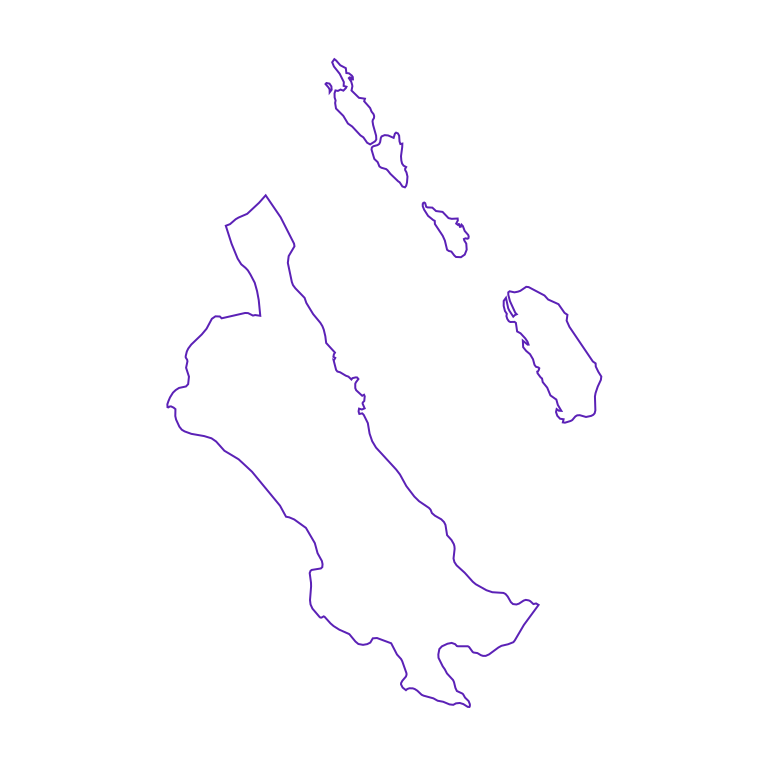 an SVG outline of Sumatera Barat, rotated 177°
{"feature_id": "IDN-539", "entity_name": "Sumatera Barat", "entity_type": "Province", "adm_level": 1, "iso_a3": "IDN", "parent_name": "Indonesia", "parent_adm1": "", "projection": "natural_earth1", "projection_center": [100.097, -1.223], "detail": "fine", "context": "isolated", "style": "outline", "palette": "violet", "viewbox_px": 768, "rotation_deg": 177, "n_neighbors": 0, "source": "natural_earth", "source_scale": "10m", "svg_char_len": 6133}
<svg xmlns="http://www.w3.org/2000/svg" viewBox="0 0 768 768"><g transform="rotate(177 384 384)"><path d="M492.3,578.6L478.5,555.9L466.5,528.9L466.2,526.2L472.5,516.7L473.7,510.0L470.7,490.7L469.7,487.5L467.5,484.2L458.8,474.2L457.3,469.0L451.1,457.5L444.4,448.5L442.5,445.0L441.3,441.4L440.1,434.8L439.6,428.0L431.3,417.9L432.5,416.3L433.1,413.8L431.3,412.6L432.8,410.3L433.1,410.5L431.1,400.6L429.9,398.9L427.2,398.0L421.7,394.3L419.1,393.2L416.3,390.2L415.2,391.5L411.9,392.1L410.5,391.9L409.3,390.3L412.0,387.1L412.7,385.7L412.9,381.4L412.1,379.2L406.4,373.4L404.5,374.3L403.9,372.7L404.6,368.1L406.2,366.6L406.4,365.5L404.6,360.7L407.4,359.7L410.2,360.7L410.8,358.1L410.6,356.8L410.2,355.4L407.2,355.8L405.8,354.1L402.2,345.8L401.0,335.2L398.8,327.5L395.3,320.9L376.3,297.9L372.8,292.8L367.0,280.8L359.6,270.0L355.1,265.1L345.6,257.9L344.1,256.1L342.9,252.6L340.0,249.8L333.9,245.9L331.3,243.0L330.0,240.1L328.9,229.7L324.8,224.7L322.7,220.5L322.2,218.4L322.1,215.7L323.7,206.1L323.0,202.5L321.0,199.1L313.3,191.3L305.7,181.9L302.8,179.2L292.5,172.7L286.7,170.4L275.6,169.1L273.6,167.9L271.6,165.3L268.7,159.5L266.7,157.5L263.3,156.9L260.7,157.6L255.9,160.4L253.7,161.0L250.7,160.3L249.3,159.5L246.3,156.4L243.6,156.9L241.2,155.3L256.9,136.1L266.8,121.1L268.3,119.4L273.7,117.6L280.4,116.4L283.5,114.9L293.2,108.5L296.6,107.2L299.3,107.3L301.4,108.1L304.8,110.4L308.7,111.2L309.5,111.8L312.8,116.9L314.0,117.7L323.8,118.2L324.9,118.5L326.6,120.5L330.0,121.9L334.2,121.3L339.9,119.0L342.6,116.4L343.9,111.1L343.9,107.7L340.1,98.9L338.2,95.9L336.3,91.7L330.5,84.7L329.7,82.6L328.6,76.8L327.3,73.6L322.0,70.8L321.2,70.0L319.5,66.6L316.1,62.9L315.0,59.7L315.1,58.0L315.6,57.0L317.3,57.2L321.5,60.2L325.0,61.5L328.9,61.3L331.6,60.0L335.3,60.6L341.6,63.6L347.0,64.9L351.1,67.5L360.8,70.7L362.7,71.7L366.8,76.0L369.3,77.8L371.3,78.6L374.6,78.8L376.7,78.2L378.1,77.1L381.3,79.9L382.7,83.1L382.6,84.4L381.2,86.7L377.4,90.7L376.7,92.5L376.7,94.0L380.3,106.2L381.3,108.4L385.2,113.2L390.4,124.7L404.3,130.7L408.5,130.6L411.2,126.5L414.4,125.1L418.6,124.6L423.2,125.7L426.0,128.3L431.7,136.0L441.5,141.0L447.0,144.9L450.0,147.8L455.5,154.6L456.4,155.1L458.6,154.0L459.8,154.1L460.6,154.8L467.2,163.4L468.9,167.7L469.2,172.1L467.4,185.7L467.3,189.4L468.1,199.1L467.1,201.3L465.9,202.1L456.7,203.1L455.2,204.4L454.8,207.3L455.3,210.5L459.2,218.5L461.4,228.7L469.5,244.4L480.7,253.4L485.6,255.8L488.8,256.6L494.2,267.9L520.4,303.3L533.1,316.4L546.9,325.7L554.7,335.4L559.1,338.8L566.3,341.4L579.0,344.3L585.6,347.1L588.3,348.9L590.6,352.1L593.5,359.4L594.1,362.9L593.6,369.8L595.3,371.4L597.9,372.8L599.2,372.7L600.6,371.9L601.4,372.2L601.4,375.1L600.2,378.1L598.4,381.8L595.2,386.4L592.4,388.8L588.9,390.8L581.9,391.9L579.6,394.1L578.4,401.6L580.8,410.6L579.1,416.9L579.3,418.5L580.6,420.8L580.6,422.1L579.2,426.8L577.6,429.7L574.4,433.5L563.4,443.0L558.3,448.5L552.5,458.1L548.8,460.4L544.4,460.0L542.7,458.1L519.0,462.2L516.0,461.9L511.3,459.2L509.0,459.6L504.0,458.6L504.7,474.3L505.9,483.4L507.8,491.9L511.7,500.4L514.0,504.6L516.1,507.1L520.3,511.0L523.6,516.9L528.9,532.1L533.7,550.3L529.4,551.7L523.5,556.3L520.6,557.8L511.7,561.1L499.3,571.5L492.3,578.6ZM257.7,447.7L259.4,450.6L260.4,455.7L260.1,460.7L257.7,463.7L256.0,453.1L255.0,450.7L251.4,444.5L249.7,446.0L247.8,446.7L249.2,448.3L253.9,460.2L255.2,466.5L255.1,469.0L253.7,470.0L248.9,468.7L245.4,469.2L243.0,469.9L236.9,473.6L234.5,473.2L219.1,464.0L215.7,459.8L205.6,454.6L200.0,445.6L197.2,443.5L198.3,437.7L195.8,431.3L174.3,395.6L171.6,393.5L171.6,390.3L169.3,384.9L166.6,380.1L167.2,376.8L170.7,370.2L173.2,363.9L174.0,360.5L174.3,346.6L175.2,343.7L176.6,342.3L178.8,341.3L184.0,340.5L190.1,342.6L192.7,342.6L194.6,341.6L197.9,338.1L199.6,337.3L205.3,335.9L207.4,336.3L206.5,339.4L210.0,340.1L212.6,343.2L213.7,347.0L212.9,349.9L210.9,348.2L208.3,347.9L211.5,354.0L212.7,359.4L218.4,363.9L221.2,371.8L225.4,377.6L225.9,381.2L227.3,382.5L230.1,386.7L230.3,388.3L229.7,388.4L228.7,389.9L228.1,391.6L228.9,392.4L231.4,393.3L232.7,395.3L233.9,400.9L236.6,406.1L240.3,409.6L243.1,413.5L243.1,420.0L238.5,415.8L237.6,415.8L238.5,418.8L240.5,422.1L245.0,427.5L248.3,429.5L249.1,438.1L250.4,439.2L254.6,439.3L256.1,440.2L257.5,442.6L258.2,445.4L257.7,447.7ZM408.3,687.6L412.0,696.1L417.4,703.7L418.9,708.0L416.6,711.0L414.9,709.6L411.0,704.6L405.6,701.4L405.3,696.5L402.8,696.1L400.0,693.7L399.1,692.2L399.1,689.8L400.0,689.8L400.7,691.4L401.4,691.8L402.3,692.0L403.1,691.3L400.9,687.6L400.1,684.2L400.0,682.9L401.1,678.8L394.0,671.1L388.1,669.9L389.0,667.4L383.4,660.3L382.2,656.7L380.3,654.0L379.8,652.0L380.1,650.1L381.4,648.2L381.7,646.8L381.3,643.1L378.9,632.4L378.9,628.6L380.2,626.8L385.3,624.0L388.2,625.8L391.7,631.4L394.5,633.5L402.3,642.8L406.4,646.0L410.6,653.9L417.5,661.6L418.1,667.2L417.5,669.6L418.3,672.7L418.2,676.8L417.1,679.7L414.7,679.1L412.0,680.3L409.2,679.1L406.6,681.5L405.9,682.8L408.7,683.8L408.3,687.6ZM381.9,609.3L384.2,618.8L383.7,620.9L382.2,622.0L378.0,622.9L376.2,624.0L375.2,625.8L374.3,629.9L373.4,631.4L370.3,632.5L366.9,632.0L361.5,629.3L360.0,633.4L358.8,634.4L357.0,633.5L355.9,631.2L355.8,625.4L355.1,622.8L353.1,623.1L353.4,619.7L355.1,610.6L355.0,606.3L354.4,603.2L353.0,601.0L350.5,599.5L351.7,597.7L351.6,596.4L350.5,594.2L349.7,589.9L350.5,584.0L351.5,580.8L352.8,579.3L355.3,580.3L357.8,584.6L359.2,585.6L366.6,593.5L369.3,597.3L370.6,598.5L375.3,600.1L377.2,601.5L378.7,605.9L381.9,609.3ZM331.2,549.6L334.8,556.0L336.0,559.5L335.9,562.3L335.9,561.2L335.3,562.8L334.3,563.1L333.4,562.4L332.6,558.8L331.4,558.1L326.5,557.6L323.0,554.0L316.5,552.8L310.9,546.3L307.8,545.4L301.8,545.4L301.7,543.5L303.5,540.4L301.8,539.0L301.0,539.8L300.5,539.6L300.0,537.0L299.1,537.0L298.2,539.0L297.0,537.6L295.4,532.6L292.1,528.4L291.7,526.8L292.1,525.1L293.1,524.7L295.0,525.2L296.6,524.6L296.3,523.1L294.5,519.9L294.4,513.8L296.6,509.0L300.5,506.6L305.5,507.1L307.1,508.7L309.8,512.7L312.4,513.5L314.0,514.8L315.7,524.0L317.6,528.9L324.8,541.1L324.8,544.3L326.2,545.1L331.2,549.6ZM423.0,678.1L422.9,681.0L423.9,683.0L426.7,686.6L425.7,687.6L422.7,686.8L421.0,684.0L420.9,680.6L423.0,678.1Z" fill="none" stroke="#5b21b6" stroke-width="2"/></g></svg>